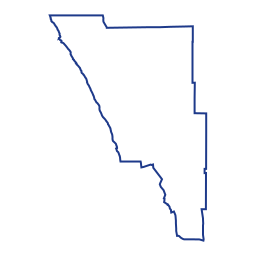 Wanneroo, Western Australia, Australia (Mercator projection)
{"feature_id": "25037944B9363307042095", "entity_name": "Wanneroo", "entity_type": "district", "adm_level": 2, "iso_a3": "AUS", "parent_name": "Australia", "parent_adm1": "Western Australia", "projection": "mercator", "projection_center": [115.695, -31.653], "detail": "fine", "context": "isolated", "style": "outline", "palette": "blue", "viewbox_px": 256, "rotation_deg": 0, "n_neighbors": 0, "source": "geoboundaries", "source_scale": "gbopen_adm2", "svg_char_len": 5118}
<svg xmlns="http://www.w3.org/2000/svg" viewBox="0 0 256 256"><path d="M192.8,26.3L185.0,26.5L170.6,26.8L159.9,27.2L148.3,27.2L106.8,27.8L106.8,27.5L106.7,27.3L106.5,26.9L106.0,26.1L104.0,22.7L103.5,21.8L103.4,21.4L103.4,21.1L103.3,19.7L103.4,18.6L103.4,18.0L102.8,15.4L49.8,15.4L50.2,16.4L50.2,16.5L50.3,16.7L50.3,16.8L50.5,17.3L50.5,17.7L50.7,17.9L50.8,18.2L50.7,18.4L50.7,19.0L51.0,19.4L51.2,19.8L51.3,20.1L51.4,20.7L51.3,20.8L51.3,21.0L51.6,21.4L52.0,21.7L52.1,22.0L52.4,22.2L52.9,22.4L53.2,22.7L53.9,23.2L54.2,23.6L54.3,23.8L54.4,24.1L54.5,24.3L54.6,24.6L54.8,24.8L55.1,25.2L55.3,25.4L55.5,25.6L55.6,26.1L55.9,26.5L56.4,26.9L57.0,27.9L57.2,28.3L57.3,28.5L57.4,28.9L57.4,29.1L57.7,29.8L58.0,30.1L58.2,30.5L58.4,30.7L58.5,31.0L58.7,31.3L58.8,31.8L58.9,32.0L59.1,32.5L59.3,32.9L59.5,33.4L59.6,33.5L59.5,34.0L59.6,34.9L59.6,35.0L59.8,35.3L60.0,35.5L60.2,36.3L60.4,36.7L60.4,36.8L60.2,37.2L59.8,37.6L59.5,37.9L59.3,38.0L59.0,38.2L59.1,37.9L58.9,38.0L58.9,38.3L59.0,38.8L59.2,39.0L59.3,39.2L59.9,39.8L60.4,40.2L60.9,40.3L61.3,40.6L61.5,40.9L61.5,41.2L61.5,41.5L61.2,42.2L61.2,42.3L61.3,42.4L61.5,42.5L62.1,42.6L62.5,42.7L63.2,43.0L63.8,43.5L64.2,43.9L64.3,44.2L65.0,44.9L65.8,45.8L66.4,46.6L66.6,46.8L66.8,47.1L67.3,47.7L68.0,48.8L68.4,49.2L68.6,49.3L68.9,49.7L69.3,50.1L69.9,51.0L70.1,51.1L70.6,52.0L70.6,52.3L70.7,52.5L70.7,52.8L70.6,53.3L70.6,53.5L70.6,53.8L70.6,54.2L70.6,54.3L71.2,55.2L71.2,55.3L71.2,55.6L71.5,56.0L72.0,56.8L72.2,57.1L72.3,57.3L72.7,57.9L72.8,58.1L72.9,58.4L72.9,58.6L72.9,58.9L72.9,59.1L73.1,59.3L73.4,59.3L73.5,59.4L73.7,59.6L73.9,59.8L74.0,60.0L74.0,60.3L74.7,61.2L74.9,61.3L75.4,62.0L75.5,62.0L76.1,62.8L76.3,63.0L76.6,63.5L76.7,63.8L76.6,64.0L76.4,64.0L76.8,64.6L77.1,64.8L77.4,65.0L77.6,65.3L78.5,66.2L78.8,66.6L79.1,67.0L79.3,67.3L79.6,67.5L79.9,67.8L80.0,68.3L80.3,68.9L80.4,69.1L80.5,69.7L80.9,70.3L81.2,70.6L81.4,70.9L81.5,71.2L81.5,71.3L81.4,71.6L81.4,71.9L81.6,72.6L81.7,72.8L81.8,73.0L82.8,73.7L83.1,74.2L83.4,74.5L83.6,74.9L83.8,74.9L84.2,75.6L84.3,75.7L84.6,76.2L84.7,76.4L84.8,76.6L85.0,77.0L85.3,77.5L85.5,77.6L85.6,77.9L85.9,78.2L86.3,78.9L86.4,79.2L86.4,79.4L86.6,79.9L86.8,80.4L86.8,80.8L87.2,82.0L87.2,82.4L87.1,82.5L87.3,82.9L87.6,83.7L87.8,84.1L87.9,84.3L88.3,84.7L88.7,85.4L88.9,85.6L89.2,86.3L89.4,86.8L89.8,87.6L90.1,88.1L90.5,89.0L90.6,89.5L90.9,90.2L90.9,90.4L91.1,90.7L91.7,91.8L91.9,92.2L92.3,92.9L92.5,93.5L92.8,94.1L93.1,94.7L93.1,95.0L93.6,95.8L93.7,96.2L93.7,96.3L94.0,97.1L94.1,97.5L94.2,97.9L94.2,98.1L94.5,99.3L94.7,99.5L95.0,99.7L95.1,99.9L95.9,101.4L96.1,101.7L96.2,101.8L96.4,102.4L97.0,102.8L97.4,103.1L97.9,103.8L98.0,103.9L98.1,104.1L98.6,104.6L98.8,105.0L99.3,105.9L99.4,106.1L99.4,106.5L99.5,107.1L99.5,107.8L99.4,109.0L99.5,109.2L99.6,109.8L99.6,110.1L99.7,110.3L99.8,110.6L99.9,110.8L100.1,111.3L100.3,111.5L100.6,112.2L100.9,112.6L101.1,113.2L101.6,114.3L101.8,115.0L102.1,115.7L102.4,116.1L102.6,116.5L103.1,117.3L103.4,117.4L103.8,117.9L104.0,118.2L104.2,118.3L104.5,118.7L105.2,119.4L105.4,119.7L106.0,120.6L106.2,120.8L106.2,121.0L106.5,121.3L106.9,121.9L107.2,122.2L107.3,122.3L107.7,122.8L107.9,123.5L108.0,123.9L108.0,124.1L108.0,124.3L108.5,124.8L108.7,125.2L108.9,125.7L109.5,126.6L109.9,127.4L110.1,127.7L110.2,128.1L110.3,128.2L110.4,128.3L110.5,128.9L110.6,129.3L110.6,129.5L110.7,130.1L110.8,130.3L110.9,130.6L110.9,130.8L111.0,131.5L111.3,132.4L111.4,132.6L112.1,134.3L112.2,134.7L112.2,134.9L112.3,135.1L112.4,136.1L112.4,136.3L112.5,136.7L112.5,137.5L112.5,138.1L112.5,139.2L112.6,139.5L112.7,140.2L113.0,141.0L113.4,141.4L114.0,141.9L114.5,142.4L115.1,143.0L115.5,143.4L115.8,143.7L116.0,144.1L116.1,144.5L116.2,144.9L116.2,145.0L116.3,145.1L116.5,145.6L116.5,145.8L116.7,146.1L116.9,146.7L117.0,147.1L116.9,147.2L117.0,147.5L116.8,147.9L116.9,148.0L117.0,148.3L116.8,148.5L116.3,148.5L116.2,148.4L116.1,148.5L116.3,148.8L116.5,149.6L116.8,150.4L116.9,150.8L117.1,151.2L117.6,151.6L118.2,152.1L118.3,152.4L118.7,153.2L118.9,153.9L119.1,154.4L119.4,155.3L119.7,155.8L119.7,156.2L119.8,156.4L120.0,157.1L120.1,158.2L120.2,159.4L120.3,160.3L120.4,160.9L120.5,161.5L120.9,161.5L140.6,161.5L140.7,162.0L140.9,162.8L141.1,164.9L141.4,167.4L143.8,166.9L144.3,166.7L150.3,164.7L150.6,164.6L150.8,164.7L151.5,165.0L152.3,164.7L152.7,164.6L153.0,164.5L153.3,167.8L162.0,179.2L160.2,183.2L159.8,184.3L160.8,186.9L163.6,190.2L165.3,194.8L163.9,198.4L164.5,198.7L164.4,200.6L164.1,202.1L167.4,204.3L167.5,204.6L167.8,204.4L169.5,206.7L169.9,208.6L170.5,209.3L171.0,210.0L171.1,212.0L171.4,212.4L171.4,212.5L173.9,211.5L175.3,214.9L175.4,215.3L175.5,215.8L175.9,220.6L175.9,223.2L176.2,228.6L176.2,231.0L176.4,232.1L177.1,235.9L177.7,235.8L178.1,235.8L178.4,235.8L178.9,236.0L179.1,236.1L179.5,236.4L180.5,237.4L181.0,237.8L182.6,238.8L183.4,239.1L184.0,239.3L184.3,239.3L185.9,239.3L199.0,239.4L199.7,239.5L203.4,240.6L203.6,239.6L203.6,239.0L203.1,235.6L203.0,234.7L203.0,225.3L203.2,223.7L203.0,219.3L203.0,218.4L201.6,209.2L205.9,209.2L206.0,173.0L204.6,173.1L204.6,168.9L206.1,168.9L206.2,132.4L206.2,113.4L194.6,113.2L194.6,97.8L194.8,82.7L192.5,82.8L192.5,41.8L192.8,41.8L192.8,26.3Z" fill="none" stroke="#1e3a8a" stroke-width="2"/></svg>